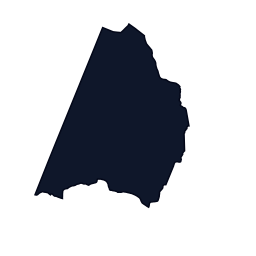 Mojuí dos Campos, Pará, Brazil (orthographic projection), rotated 22°
{"feature_id": "56859067B52819076626777", "entity_name": "Mojuí dos Campos", "entity_type": "district", "adm_level": 2, "iso_a3": "BRA", "parent_name": "Brazil", "parent_adm1": "Pará", "projection": "orthographic", "projection_center": [-54.48, -3.076], "detail": "fine", "context": "isolated", "style": "filled", "palette": "ink", "viewbox_px": 256, "rotation_deg": 22, "n_neighbors": 0, "source": "geoboundaries", "source_scale": "gbopen_adm2", "svg_char_len": 3953}
<svg xmlns="http://www.w3.org/2000/svg" viewBox="0 0 256 256"><g transform="rotate(22 128 128)"><path d="M66.8,224.7L68.1,224.5L68.8,224.0L69.2,223.5L70.0,221.8L71.0,220.5L72.5,219.1L73.0,218.9L73.9,218.9L74.7,218.7L75.7,218.4L76.5,218.3L77.5,218.0L78.1,218.1L79.1,218.4L80.2,218.8L81.2,219.0L81.5,217.8L82.5,217.6L83.4,217.8L84.0,218.3L85.4,218.6L86.2,218.4L87.1,218.1L88.1,218.2L89.1,218.2L91.2,218.1L92.2,218.1L93.6,217.9L93.1,216.8L92.9,216.1L91.9,213.6L91.1,210.9L91.1,210.1L92.0,208.3L93.0,207.7L93.5,207.3L94.5,206.8L95.0,205.9L95.5,205.0L96.4,204.0L97.4,202.9L97.9,202.5L99.1,201.9L100.2,201.1L100.6,200.7L101.5,199.5L102.1,199.0L103.4,198.2L104.0,197.4L104.4,197.1L105.3,196.6L106.5,196.4L107.5,196.5L108.2,196.3L109.1,195.9L109.9,195.6L111.8,195.8L113.0,195.7L113.8,194.4L114.6,193.6L115.1,193.2L116.5,192.2L117.3,191.6L118.4,190.8L119.0,190.0L119.1,189.0L118.8,187.8L118.8,187.0L119.3,186.5L120.0,186.3L121.7,185.6L122.5,185.5L123.9,185.3L125.2,185.1L126.3,185.2L127.2,185.3L127.8,185.5L128.9,186.0L129.5,186.5L130.4,187.3L130.9,187.9L131.4,188.8L132.1,189.8L133.2,190.8L133.7,191.6L134.2,192.1L134.8,192.3L136.3,191.8L137.1,191.8L137.8,191.7L138.9,191.3L139.7,191.3L140.6,191.1L141.4,191.1L142.6,191.4L143.7,190.9L144.5,190.6L145.6,190.2L147.2,189.0L147.7,188.7L148.6,188.6L149.6,188.3L151.2,188.0L152.3,187.9L153.6,187.6L154.4,187.6L156.0,187.3L159.8,187.4L160.6,187.5L162.0,187.7L163.7,188.1L164.6,188.3L165.4,188.7L166.2,189.3L166.6,189.7L167.6,190.8L168.7,191.7L169.4,192.2L170.3,192.4L171.5,192.7L172.6,192.9L173.7,193.1L174.3,193.3L175.4,193.5L176.8,193.7L176.8,193.1L176.7,192.2L176.3,190.9L176.2,190.3L176.2,189.6L176.2,188.8L176.7,188.3L177.4,187.8L178.0,187.5L178.9,187.0L179.5,186.6L180.5,186.2L181.4,185.6L182.1,185.2L182.6,184.8L182.9,184.2L182.9,183.6L182.8,182.0L182.6,180.0L182.1,178.4L181.9,177.4L181.6,176.5L181.3,175.8L181.2,175.2L182.0,173.0L182.2,172.4L182.4,171.8L182.6,171.1L182.6,170.5L182.4,169.7L182.2,169.1L182.1,168.4L182.2,167.7L182.6,167.2L183.5,166.7L184.3,166.4L184.4,145.9L184.2,145.2L184.3,144.6L184.1,143.8L184.2,143.1L184.4,142.3L184.7,141.6L185.5,141.2L186.2,140.8L187.0,140.6L187.9,140.5L188.9,140.1L189.4,139.6L189.4,138.8L189.2,138.1L189.2,137.4L188.9,136.8L188.3,136.2L188.0,135.3L188.2,134.2L188.4,133.3L188.4,132.7L188.6,132.1L188.2,131.2L188.1,130.5L188.3,129.8L188.5,129.1L188.7,128.5L189.0,128.0L182.0,112.1L182.3,111.2L182.0,110.5L181.8,109.7L182.1,108.9L182.3,108.3L182.1,107.6L182.6,107.1L182.8,106.5L182.4,105.7L182.4,104.7L182.6,104.1L182.9,103.5L183.7,103.2L175.1,89.5L174.6,89.0L174.1,88.5L173.6,88.2L172.8,88.1L171.9,88.3L171.0,88.2L170.0,87.8L168.8,87.7L168.0,87.4L167.8,86.8L167.9,86.0L167.7,85.0L167.1,84.4L165.3,83.3L164.9,82.4L164.7,81.5L164.8,80.7L164.8,80.1L164.5,79.6L164.3,79.0L164.1,78.4L163.8,77.7L163.3,76.9L163.2,76.2L163.1,75.3L162.8,74.4L162.3,73.7L162.2,72.7L161.6,72.0L161.0,71.5L160.6,71.0L160.6,70.2L158.6,69.2L157.2,68.9L156.0,68.6L154.8,68.7L154.0,68.9L152.2,69.3L151.1,69.5L149.9,69.7L148.6,69.7L147.3,69.5L146.3,69.3L145.4,69.0L144.4,69.1L143.2,69.5L142.6,69.7L141.4,69.8L140.4,69.8L139.8,69.7L138.7,69.2L138.0,68.7L137.3,67.9L136.8,67.2L136.3,66.7L135.3,65.4L134.9,64.8L134.4,64.1L133.9,63.6L133.1,62.9L132.2,62.0L131.8,61.4L131.3,60.9L130.8,60.1L130.3,59.4L129.7,58.3L129.4,57.5L129.0,57.0L128.6,56.5L128.0,55.9L127.0,55.1L126.4,54.7L125.8,54.3L125.1,53.9L124.3,53.3L123.8,52.8L123.2,51.9L122.7,50.8L122.5,49.7L122.0,48.8L121.5,48.0L121.1,47.4L120.5,46.7L119.9,46.5L119.3,46.1L118.5,45.7L117.5,45.1L117.0,44.9L115.9,44.3L114.8,43.7L113.6,43.0L113.0,42.4L112.3,41.6L111.3,40.5L110.7,39.8L110.1,38.9L109.6,38.2L109.0,37.3L108.6,36.3L103.0,34.7L99.1,33.6L98.2,33.3L97.5,33.1L89.9,31.3L89.8,32.3L89.8,33.0L88.3,36.3L87.8,37.5L87.1,39.2L85.7,42.2L81.8,43.4L78.2,44.4L66.9,44.4L66.9,45.0L66.9,48.3L66.9,67.5L66.9,68.4L66.8,97.3L66.8,98.5L66.8,103.3L66.8,108.8L66.6,169.6L66.6,188.9L66.7,207.7L66.8,224.7Z" fill="#0f172a" stroke="#020617" stroke-width="1.5"/></g></svg>